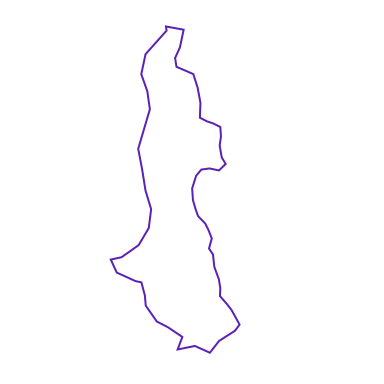 Ortakioï, Cyprus (Equal Earth projection), rotated 12°
{"feature_id": "46923920B2976518119869", "entity_name": "Ortakioï", "entity_type": "district", "adm_level": 2, "iso_a3": "CYP", "parent_name": "Cyprus", "parent_adm1": "", "projection": "equal_earth", "projection_center": [33.334, 35.209], "detail": "fine", "context": "isolated", "style": "outline", "palette": "violet", "viewbox_px": 384, "rotation_deg": 12, "n_neighbors": 0, "source": "geoboundaries", "source_scale": "gbopen_adm2", "svg_char_len": 934}
<svg xmlns="http://www.w3.org/2000/svg" viewBox="0 0 384 384"><g transform="rotate(12 192 192)"><path d="M126.6,275.0L135.2,286.5L155.3,290.9L161.3,290.9L167.4,303.0L170.4,312.8L184.5,326.0L196.6,329.3L212.7,335.8L210.7,349.0L226.8,342.0L242.9,345.5L249.4,332.1L256.2,325.4L262.9,318.8L266.1,311.8L255.2,299.2L249.4,294.3L241.0,288.0L239.7,280.3L236.5,271.9L229.4,260.6L225.5,248.7L220.4,243.8L221.0,233.3L215.9,225.6L211.4,220.0L203.0,214.4L199.1,208.1L194.6,199.7L191.4,188.5L192.7,175.1L196.5,168.1L204.3,165.3L213.9,165.3L219.1,157.6L213.9,152.0L209.4,140.8L208.8,131.7L206.2,122.6L198.5,120.5L192.0,119.8L184.3,117.7L181.7,103.0L175.9,89.0L168.8,76.4L150.8,72.8L147.6,64.4L150.1,53.2L150.1,45.5L150.1,35.0L132.1,35.5L133.6,39.4L117.9,66.8L117.9,87.3L127.3,102.7L133.6,119.8L130.4,160.9L138.3,179.7L146.2,200.2L155.6,217.3L157.2,236.2L150.9,255.0L136.7,270.4L126.6,275.0Z" fill="none" stroke="#5b21b6" stroke-width="2"/></g></svg>